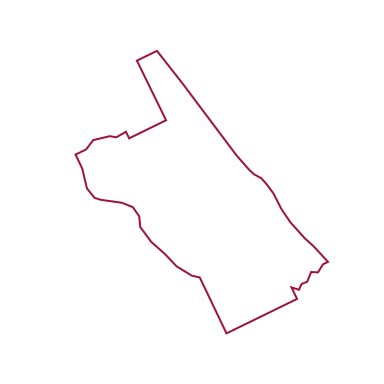 St. Johns, Florida, United States of America (orthographic projection), rotated 335°
{"feature_id": "52423323B76675634203570", "entity_name": "St. Johns", "entity_type": "district", "adm_level": 2, "iso_a3": "USA", "parent_name": "United States of America", "parent_adm1": "Florida", "projection": "orthographic", "projection_center": [-81.441, 29.938], "detail": "fine", "context": "isolated", "style": "outline", "palette": "rose", "viewbox_px": 384, "rotation_deg": 335, "n_neighbors": 0, "source": "geoboundaries", "source_scale": "gbopen_adm2", "svg_char_len": 773}
<svg xmlns="http://www.w3.org/2000/svg" viewBox="0 0 384 384"><g transform="rotate(335 192 192)"><path d="M102.3,108.8L102.4,124.5L98.3,144.3L101.2,156.1L105.8,160.4L123.9,172.1L132.0,180.8L133.9,191.8L130.3,201.9L134.0,220.1L140.1,234.1L141.0,236.1L146.7,253.0L156.6,267.9L162.9,272.7L163.1,289.8L163.5,334.7L242.0,333.3L241.9,320.6L247.6,325.8L252.4,321.7L258.5,322.0L266.2,314.9L272.2,318.1L280.1,312.9L285.7,312.8L279.4,292.9L274.7,281.8L268.4,261.2L266.2,247.8L265.9,245.4L265.8,244.9L265.5,235.5L265.2,227.9L263.0,216.7L260.6,208.8L255.7,202.2L253.2,196.1L247.8,177.6L229.4,90.2L219.9,49.3L200.0,49.6L197.6,49.6L198.8,116.0L157.7,116.8L157.6,109.5L146.4,110.4L141.2,106.7L124.4,103.2L114.0,108.7L102.3,108.8Z" fill="none" stroke="#9f1239" stroke-width="2"/></g></svg>